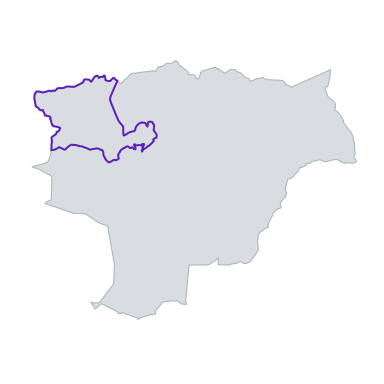 location of Potosí within Bolivia, rotated 93°
{"feature_id": "BOL-1939", "entity_name": "Potosí", "entity_type": "Department", "adm_level": 1, "iso_a3": "BOL", "parent_name": "Bolivia", "parent_adm1": "", "projection": "robinson", "projection_center": [-66.321, -20.376], "detail": "fine", "context": "in_parent", "style": "outline", "palette": "violet", "viewbox_px": 384, "rotation_deg": 93, "n_neighbors": 0, "source": "natural_earth", "source_scale": "10m", "svg_char_len": 9032}
<svg xmlns="http://www.w3.org/2000/svg" viewBox="0 0 384 384"><g transform="rotate(93 192 192)"><path d="M65.1,224.4L64.4,218.7L63.5,217.3L62.2,216.4L61.8,215.3L62.2,214.1L64.8,211.7L66.2,211.3L66.6,210.1L71.3,203.4L72.7,202.1L74.4,201.1L75.1,200.3L74.7,197.9L74.9,196.2L75.4,195.2L78.6,193.3L78.9,192.8L78.8,192.2L77.4,191.0L74.5,189.9L72.7,190.0L70.9,188.2L67.1,178.0L66.4,175.7L66.5,174.8L69.0,169.7L71.7,165.7L71.4,164.8L68.3,160.9L67.4,159.0L67.7,154.9L69.5,153.6L70.3,150.0L71.1,149.4L72.8,146.8L75.1,144.6L75.3,141.8L76.0,141.0L78.0,140.2L78.2,139.4L77.7,137.6L76.7,135.6L75.9,134.7L74.9,129.9L73.7,127.5L75.0,125.3L75.7,122.9L75.9,120.1L75.8,107.7L78.1,104.6L79.3,104.0L80.5,102.9L80.4,101.0L82.1,98.4L62.7,60.2L70.2,60.3L78.5,61.7L79.9,62.5L80.2,63.8L81.1,64.4L83.3,64.1L90.1,60.8L91.0,59.7L93.4,56.1L95.2,54.1L97.0,53.4L100.4,53.1L101.4,53.7L102.8,53.6L104.0,51.5L105.8,49.2L109.4,46.4L111.2,45.6L112.4,44.6L114.3,44.4L116.0,43.4L124.3,36.2L127.6,34.3L131.4,33.5L134.4,32.5L141.7,31.5L146.4,31.1L147.9,32.1L149.6,31.8L151.1,30.2L152.3,29.6L153.2,29.7L154.4,31.6L155.0,33.6L154.6,35.2L154.7,37.4L155.3,40.4L154.9,43.0L152.3,47.8L152.0,49.3L152.2,51.2L153.0,54.4L154.5,58.7L154.7,62.0L153.7,64.1L153.2,65.9L153.3,67.5L153.6,68.5L154.3,69.1L154.6,70.4L154.7,72.2L155.6,74.0L157.2,75.7L157.9,77.3L157.6,78.9L157.7,79.8L158.1,80.2L159.2,79.5L159.7,79.6L160.9,81.8L161.6,84.0L161.8,85.4L165.3,86.8L170.0,91.0L172.2,92.2L174.2,96.8L177.7,97.9L184.6,99.1L187.8,97.6L190.0,97.8L192.2,98.8L197.3,102.8L199.4,103.4L200.9,102.4L202.3,102.1L203.4,102.5L204.5,105.9L208.4,109.5L209.9,110.6L211.6,110.5L218.8,113.9L220.7,114.2L222.6,113.9L223.8,114.6L224.3,116.6L227.5,120.6L229.1,122.2L230.9,123.6L235.5,123.6L236.9,124.0L246.2,122.7L249.7,124.5L258.5,130.1L260.3,133.7L260.7,135.7L260.2,137.7L259.4,138.5L259.1,139.8L259.4,141.7L260.8,143.5L262.0,149.3L262.9,150.5L263.3,162.1L256.7,162.3L257.8,163.4L263.9,171.7L265.2,191.1L300.4,192.6L301.3,192.6L303.9,191.5L304.5,191.5L304.4,196.6L301.7,200.5L301.6,201.8L301.9,206.9L302.8,211.1L303.2,214.9L304.2,216.1L307.2,218.1L311.8,221.8L313.6,222.3L315.2,221.8L316.1,223.3L316.3,225.7L320.3,236.8L321.0,238.3L322.2,239.1L322.0,239.6L321.0,239.8L320.5,240.6L315.9,256.3L317.0,256.4L317.2,259.5L315.9,259.7L315.4,260.4L308.2,276.7L313.9,282.5L313.3,283.5L310.4,284.4L308.9,286.7L307.4,287.1L307.9,283.0L307.5,279.4L307.1,278.5L287.8,265.4L268.2,265.7L235.9,273.3L230.7,274.3L227.2,284.4L219.5,296.9L219.4,309.3L211.2,338.0L209.2,336.2L207.7,333.5L207.3,332.2L207.1,332.2L189.4,332.4L188.6,332.9L187.3,332.9L186.4,332.4L185.5,332.4L184.2,333.0L183.0,334.1L176.8,347.1L175.9,351.9L175.5,352.7L174.5,351.0L171.4,341.4L169.6,337.9L167.6,336.8L161.4,335.0L150.2,334.6L146.6,335.0L144.8,334.7L142.9,332.8L138.7,329.3L137.9,328.2L136.2,327.5L135.3,327.4L134.7,328.1L133.1,333.6L132.2,335.1L126.4,337.3L124.8,337.6L124.0,338.9L123.6,340.7L122.9,342.4L118.9,344.8L118.0,345.9L117.5,348.3L114.6,352.5L106.4,354.2L103.7,354.2L101.8,353.9L100.0,352.5L99.8,350.2L100.1,347.8L99.9,344.4L98.5,340.5L98.6,339.2L98.4,337.3L97.6,333.7L95.7,331.8L95.0,326.2L93.4,322.9L93.1,315.0L88.0,306.4L85.9,305.8L85.4,305.2L85.2,303.9L85.3,300.8L87.0,298.5L81.4,294.3L81.0,293.3L81.1,292.3L82.6,290.7L81.6,288.6L81.7,286.7L81.0,285.9L81.1,285.3L81.7,284.7L84.4,284.1L85.3,282.2L85.3,280.6L84.9,279.5L82.4,276.6L82.3,276.2L87.3,269.1L87.2,268.5L86.7,267.8L83.9,265.7L81.0,262.4L78.8,260.7L77.3,259.0L76.5,257.6L76.2,253.8L75.2,249.9L73.8,240.7L72.6,237.3L73.8,235.5L73.7,235.0L69.0,232.4L68.0,228.1L65.1,224.4Z" fill="#d9dde1" stroke="#a8b0b8" stroke-width="1"/><path d="M84.5,284.4L84.9,284.1L85.0,283.9L85.2,283.0L85.2,282.6L85.6,281.4L85.7,281.1L85.6,280.9L85.5,280.4L85.4,279.7L85.3,279.2L85.0,279.0L84.4,278.7L84.0,278.4L83.3,277.6L82.3,276.8L82.2,276.5L82.2,276.0L82.5,275.5L83.4,274.7L83.7,274.2L84.9,272.3L91.0,274.7L100.8,278.3L102.8,278.7L103.9,278.7L106.8,277.7L120.0,271.5L124.4,269.3L125.3,268.7L126.8,267.4L129.4,264.9L130.3,264.3L130.8,264.1L135.3,263.8L137.9,263.5L138.5,263.4L138.8,263.3L139.0,263.1L139.1,262.9L139.1,262.7L138.7,261.9L137.2,259.9L136.1,258.3L135.3,256.6L134.3,253.2L134.2,252.9L133.9,252.6L133.6,252.3L132.5,251.9L131.1,251.7L129.2,251.0L128.6,250.5L126.8,249.0L126.6,248.8L126.4,248.6L126.3,248.3L125.5,246.5L125.2,246.1L125.2,245.9L125.2,245.6L125.2,245.3L125.4,244.3L125.5,244.0L125.5,243.5L125.4,242.7L125.5,242.4L125.7,242.2L126.2,241.9L126.7,241.6L127.7,241.0L128.3,240.6L128.8,240.0L128.3,239.8L127.9,239.8L127.7,239.8L127.2,239.6L126.4,239.6L125.9,239.7L125.6,239.7L125.3,239.6L124.6,239.3L124.4,239.1L124.2,238.9L124.1,238.6L124.0,238.3L124.0,237.8L124.1,235.5L124.3,235.1L125.7,234.6L126.0,234.4L126.4,234.0L126.6,233.6L128.1,233.3L128.6,233.2L128.9,233.3L129.8,233.4L131.0,233.3L132.1,233.5L132.4,233.5L132.6,233.5L132.8,233.3L134.5,231.8L136.3,230.5L136.5,230.4L137.1,230.2L138.0,230.2L138.7,230.3L139.2,230.4L139.6,230.4L139.7,230.9L140.0,231.5L140.3,232.0L140.6,232.2L140.8,232.3L141.0,232.5L141.3,233.3L141.5,233.4L142.9,233.0L143.4,233.0L143.7,233.6L145.0,234.4L146.4,235.7L146.5,236.1L146.9,236.4L147.7,236.9L148.2,237.6L148.4,238.1L148.7,238.8L149.0,239.1L149.4,239.4L149.7,239.7L150.5,240.3L151.4,242.1L152.1,242.9L152.5,243.0L152.8,243.1L153.0,243.4L153.7,243.8L153.9,243.9L154.0,244.0L153.3,244.4L153.0,244.3L152.5,244.1L150.9,243.5L150.7,243.4L150.4,243.4L149.8,243.7L149.7,243.8L149.5,243.7L149.4,243.7L149.2,243.2L148.9,243.0L148.7,243.0L148.1,243.0L147.7,242.8L147.3,242.7L147.2,242.6L147.2,242.4L146.9,242.3L146.7,242.4L146.6,242.5L146.7,243.6L146.7,243.8L146.7,244.0L146.8,244.1L147.0,244.4L147.1,244.5L147.3,244.6L147.7,244.9L148.0,245.1L148.0,245.5L147.9,246.7L148.0,247.7L148.4,250.4L148.4,250.5L148.1,250.9L147.6,251.4L147.4,251.6L147.4,251.8L147.4,252.1L147.6,252.3L147.9,252.3L150.3,251.0L150.7,250.8L151.6,250.6L151.8,250.6L152.1,250.7L152.2,250.8L152.3,250.9L152.3,251.1L152.4,251.3L152.3,251.6L152.3,251.9L152.0,252.3L151.9,252.5L151.4,252.8L150.6,253.6L150.6,253.8L150.5,254.0L150.6,254.3L150.7,254.5L151.0,254.8L151.2,255.1L151.2,255.4L151.3,255.7L151.3,256.1L151.3,256.3L151.0,256.6L150.8,256.8L149.9,258.4L149.8,258.7L149.8,258.9L150.2,260.1L150.6,260.7L151.2,261.2L151.4,261.3L151.5,261.5L151.6,261.9L151.7,262.5L151.8,262.8L152.1,263.1L152.7,263.6L153.2,264.4L153.4,264.7L154.5,265.4L154.8,265.8L155.1,266.0L156.1,266.2L156.4,266.5L156.8,266.7L158.1,267.5L158.6,267.7L159.0,267.6L159.3,267.5L159.8,267.7L161.5,267.1L162.2,267.0L162.7,267.2L163.1,267.5L163.4,268.0L163.7,268.6L163.8,269.1L164.0,269.2L164.2,269.6L164.2,269.8L164.2,270.0L164.1,270.4L164.0,270.9L164.0,271.4L164.1,271.9L164.3,272.3L166.2,274.9L166.6,275.9L166.8,276.4L165.9,277.9L164.2,279.8L160.1,282.2L159.8,282.4L157.6,282.6L157.1,282.7L156.5,282.8L156.0,283.0L155.6,283.4L155.2,283.8L154.8,284.0L154.7,284.1L154.6,284.7L154.6,284.9L154.7,285.3L154.6,285.7L153.8,287.0L153.7,287.2L153.5,288.0L153.4,288.3L153.5,289.1L153.5,289.6L155.0,296.2L153.4,300.4L153.3,300.8L153.0,302.2L152.8,302.6L152.3,303.6L152.1,306.7L151.2,310.1L151.2,310.7L151.2,311.0L151.3,311.6L151.1,314.2L151.1,314.8L151.1,315.0L151.5,315.9L154.5,319.4L156.3,320.8L156.3,321.6L156.2,321.9L156.2,322.2L155.8,323.2L155.5,323.8L155.3,324.1L155.2,324.2L155.1,324.4L155.0,324.6L155.0,325.3L154.9,325.5L154.6,325.9L154.4,326.3L154.3,327.4L154.5,327.5L154.8,327.8L155.0,328.2L155.2,328.4L155.4,328.6L155.7,329.2L156.2,330.3L156.5,330.7L156.7,331.0L157.0,331.7L157.5,334.6L151.5,334.8L150.4,334.6L148.9,334.4L148.7,334.4L148.5,334.6L148.4,334.7L145.4,335.1L144.7,334.9L144.1,334.4L141.4,330.9L140.9,330.6L139.0,330.3L138.9,330.1L138.6,328.9L137.9,328.2L137.0,327.7L135.2,327.0L134.8,327.2L133.8,331.2L133.6,333.5L133.5,333.9L133.4,334.2L133.0,334.2L132.8,334.3L132.7,334.5L132.4,335.0L131.9,335.4L129.1,336.3L126.6,337.0L126.4,337.5L126.0,337.4L125.5,337.3L125.3,337.2L125.1,337.2L124.8,337.4L124.3,337.8L124.0,338.3L123.9,338.9L123.6,340.7L123.5,341.3L123.2,341.6L123.1,341.8L123.3,342.5L123.3,342.8L123.0,343.0L120.6,343.8L120.1,344.1L119.6,344.6L119.4,344.9L119.1,345.1L118.8,345.2L118.4,345.2L118.0,345.2L118.2,347.5L118.1,348.0L117.9,348.4L116.3,349.8L115.7,350.6L114.6,352.5L107.9,354.1L107.1,354.3L105.6,354.4L102.3,354.2L101.6,353.9L101.5,353.7L101.0,353.0L100.9,353.0L100.1,352.8L99.8,352.4L99.7,351.8L99.7,349.9L100.4,346.2L100.4,345.7L99.8,344.4L99.6,343.1L99.4,342.6L98.6,341.0L98.4,340.5L98.4,340.0L98.8,338.5L98.8,338.0L98.6,337.4L98.0,336.5L97.9,336.2L98.0,336.0L98.2,335.6L98.3,335.3L98.2,334.8L98.0,334.2L97.6,333.7L97.2,333.4L96.1,332.3L95.6,331.8L95.4,331.5L95.3,331.1L95.1,327.1L94.6,325.2L93.3,322.6L93.1,321.7L93.2,315.7L92.9,314.6L88.4,306.7L88.1,306.3L87.6,306.2L86.7,306.2L86.4,306.2L85.5,305.5L85.1,304.5L85.1,301.3L85.2,300.7L85.6,300.2L87.0,298.9L87.0,298.4L86.4,297.8L85.8,297.6L84.8,296.9L82.7,295.7L82.2,295.4L81.7,294.8L81.3,294.1L80.9,293.4L80.9,292.6L81.1,292.0L81.6,291.6L82.8,291.1L81.9,289.5L81.7,288.7L81.7,287.7L81.8,287.0L81.7,286.7L81.0,286.6L80.4,286.1L80.3,285.6L80.7,285.2L83.3,284.4L84.0,284.3L84.3,284.3L84.5,284.4Z" fill="none" stroke="#5b21b6" stroke-width="2"/></g></svg>